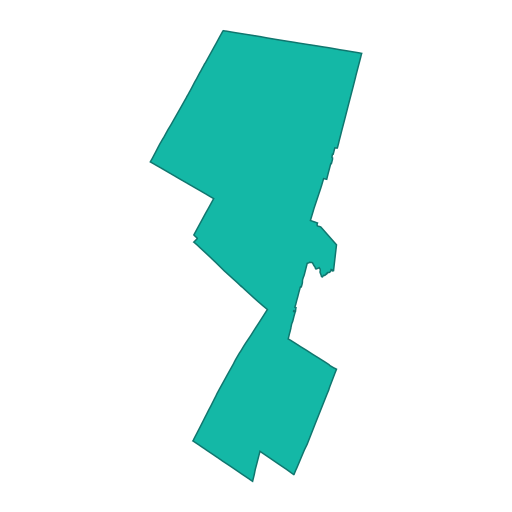 Boldu, Buzau, Romania (Albers equal-area conic projection)
{"feature_id": "2599482B96550802380663", "entity_name": "Boldu", "entity_type": "district", "adm_level": 2, "iso_a3": "ROU", "parent_name": "Romania", "parent_adm1": "Buzau", "projection": "albers", "projection_center": [27.244, 45.287], "detail": "fine", "context": "isolated", "style": "filled", "palette": "teal", "viewbox_px": 512, "rotation_deg": 0, "n_neighbors": 0, "source": "geoboundaries", "source_scale": "gbopen_adm2", "svg_char_len": 4752}
<svg xmlns="http://www.w3.org/2000/svg" viewBox="0 0 512 512"><path d="M193.6,439.7L193.6,439.8L193.4,440.2L193.2,440.5L192.9,440.9L193.1,441.0L193.4,441.2L193.8,441.5L194.6,442.0L195.1,442.4L196.2,443.1L197.7,444.1L202.8,447.6L203.6,448.1L204.2,448.5L206.9,450.4L212.9,454.4L214.5,455.5L221.1,460.0L222.3,460.9L228.1,464.7L231.7,467.1L240.9,473.4L241.0,473.5L245.2,476.3L251.8,480.8L252.6,481.3L254.3,474.4L254.8,471.8L255.3,469.3L256.4,465.2L259.1,454.7L259.6,452.8L259.9,451.3L261.7,452.5L268.9,457.4L277.8,463.5L286.4,469.3L287.1,469.8L290.4,472.2L291.2,472.8L292.5,473.7L293.2,474.2L293.3,474.3L293.5,474.4L293.6,474.5L293.8,474.6L294.0,474.5L294.3,473.8L294.7,472.7L295.2,471.6L295.7,470.3L296.6,468.4L299.1,462.5L300.1,460.1L304.4,449.9L307.1,444.4L313.7,427.6L315.1,424.0L321.2,408.7L327.0,394.1L328.8,389.8L329.2,388.3L330.1,385.8L331.3,382.7L334.5,374.3L334.7,373.7L335.0,373.0L336.0,370.5L336.5,369.2L334.4,368.1L334.1,368.1L333.7,367.8L332.0,366.8L329.6,365.4L329.4,365.0L328.8,364.5L325.0,362.0L312.8,354.4L306.2,350.1L303.9,348.7L300.6,346.7L295.2,343.2L291.7,341.0L290.8,340.4L289.2,339.5L288.2,339.0L289.5,333.5L290.1,331.4L290.9,328.0L291.0,327.0L291.1,326.7L291.6,324.3L291.7,323.8L292.2,322.6L292.5,321.8L292.8,321.0L293.6,317.8L294.0,316.2L294.6,314.0L295.2,311.9L293.6,311.5L293.8,310.7L295.5,311.1L295.8,308.6L296.0,307.6L294.9,307.3L295.0,306.6L295.7,304.5L296.7,300.5L297.8,296.6L298.9,292.2L300.3,287.2L300.6,286.7L301.3,286.9L301.8,285.2L302.2,283.7L302.3,283.1L302.4,282.6L302.5,280.3L302.6,279.8L302.7,279.3L303.0,278.4L303.3,277.5L303.5,276.8L303.9,276.0L304.3,274.7L307.2,263.3L309.0,262.8L309.7,262.2L311.0,262.6L311.6,262.4L312.5,262.8L313.6,265.0L314.5,266.4L315.4,267.7L315.4,268.4L316.0,269.0L318.3,268.2L319.1,267.6L319.6,268.3L320.0,269.0L320.2,269.4L320.2,269.9L320.3,270.4L320.0,272.0L320.4,273.3L321.1,275.0L321.4,276.3L321.9,276.8L322.5,276.9L323.5,275.4L323.8,275.3L324.6,275.5L326.2,274.3L325.9,274.3L327.6,272.5L329.1,272.5L329.8,272.2L330.9,270.6L331.1,269.5L332.0,269.7L332.2,270.8L332.9,271.0L333.4,270.1L333.6,270.2L333.7,269.2L336.5,244.8L320.8,227.0L319.5,226.5L318.0,226.2L317.8,226.1L317.3,225.8L317.2,225.3L317.1,225.1L317.1,224.2L317.5,223.0L310.4,220.5L313.1,211.5L313.9,208.7L317.9,196.7L319.3,192.5L320.7,188.3L321.7,185.1L323.6,178.6L324.1,178.7L326.7,179.3L328.3,172.9L328.9,170.7L330.2,165.7L330.8,163.5L331.4,163.6L331.7,162.5L332.5,159.3L332.5,158.8L332.5,158.5L332.6,158.0L332.2,157.7L331.9,157.4L332.2,155.6L332.5,154.2L333.2,154.2L334.8,147.9L337.2,148.1L337.5,147.4L338.5,143.6L339.4,139.8L340.4,136.0L341.4,132.0L342.4,128.1L344.4,120.5L348.6,104.1L353.3,86.0L355.5,77.3L355.8,75.9L358.0,67.5L360.6,57.6L361.3,54.6L361.7,53.4L361.2,53.3L358.8,52.8L356.4,52.4L353.9,52.0L349.7,51.3L345.5,50.6L339.6,49.7L337.5,49.3L330.9,48.1L327.3,47.5L323.8,47.0L298.2,43.0L294.2,42.3L287.1,41.2L275.8,39.4L266.4,37.8L261.3,36.8L236.1,32.8L230.7,31.9L229.2,31.6L226.2,31.1L225.1,31.0L223.3,30.7L223.1,30.8L222.3,32.1L219.1,37.9L216.1,43.5L214.4,46.5L209.1,56.1L207.6,58.8L207.0,59.9L205.4,62.8L204.6,63.9L204.3,64.4L203.7,65.7L203.0,66.9L201.9,68.9L201.3,70.1L200.8,71.0L200.4,71.8L200.1,72.1L199.1,74.0L198.0,76.1L197.2,77.6L196.5,79.0L195.8,80.1L194.5,82.4L193.7,84.0L190.2,90.7L189.7,91.5L188.1,94.5L186.7,96.8L186.6,97.2L184.6,100.7L181.0,107.1L172.3,122.4L170.9,124.9L169.5,127.2L169.3,127.5L168.5,128.8L167.9,129.8L166.4,132.6L166.0,133.2L165.8,133.7L165.1,134.9L164.9,135.4L164.8,135.5L164.4,136.2L164.1,136.8L163.4,138.0L163.2,138.2L161.9,140.4L161.4,141.3L159.7,144.2L159.1,145.4L158.5,146.5L156.6,150.2L155.1,153.1L154.5,154.2L152.3,158.4L151.5,159.8L150.3,161.9L151.9,162.8L154.2,164.1L156.4,165.4L158.0,166.3L165.1,170.4L181.9,180.2L196.5,188.6L200.2,190.7L210.9,197.0L213.7,198.6L208.9,207.4L207.6,209.7L205.5,213.4L199.6,224.3L194.3,234.1L193.9,234.8L194.0,235.2L196.5,237.5L196.9,237.9L197.1,238.0L197.3,238.4L197.2,238.7L196.9,239.0L195.8,240.1L193.8,242.1L194.1,242.3L195.2,243.3L197.4,245.2L199.9,247.6L211.0,257.9L212.3,259.2L213.4,260.2L214.7,261.5L214.8,261.5L223.1,269.7L224.4,271.0L226.1,272.5L227.5,273.8L231.5,277.4L233.5,279.2L235.4,280.9L237.8,283.1L241.1,286.3L241.2,286.1L245.1,289.8L249.7,294.0L253.6,297.6L256.2,299.9L258.1,301.6L262.6,305.5L265.6,308.0L267.4,309.5L261.8,318.3L259.0,322.7L256.1,327.1L254.0,330.4L251.0,335.2L245.6,343.2L243.7,346.2L240.9,350.9L239.4,353.1L235.6,359.6L234.2,362.3L233.6,363.6L230.4,369.3L227.5,374.5L223.2,382.3L222.2,384.1L220.6,387.0L219.8,388.4L218.3,391.2L217.1,393.4L215.8,396.2L214.8,398.1L213.6,400.5L213.5,400.8L213.0,401.7L210.9,405.9L208.7,410.0L208.0,411.4L206.2,415.0L205.2,416.9L203.2,420.9L200.0,427.2L198.3,430.5L196.4,434.2L195.6,435.7L193.9,439.0L193.6,439.7Z" fill="#14b8a6" stroke="#0f766e" stroke-width="1.5"/></svg>